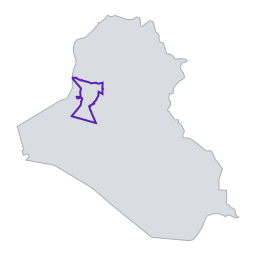 Ana, Al-Anbar, Iraq shown in context
{"feature_id": "34846034B40379251126698", "entity_name": "Ana", "entity_type": "district", "adm_level": 2, "iso_a3": "IRQ", "parent_name": "Iraq", "parent_adm1": "Al-Anbar", "projection": "mercator", "projection_center": [41.794, 34.329], "detail": "fine", "context": "in_parent", "style": "outline", "palette": "violet", "viewbox_px": 256, "rotation_deg": 0, "n_neighbors": 0, "source": "geoboundaries", "source_scale": "gbopen_adm2", "svg_char_len": 5203}
<svg xmlns="http://www.w3.org/2000/svg" viewBox="0 0 256 256"><path d="M98.5,22.8L100.7,22.3L104.8,18.9L107.2,15.6L107.9,15.4L110.1,16.4L111.6,16.7L115.1,15.5L117.2,16.1L119.0,16.9L120.0,17.0L124.7,19.0L125.9,19.2L128.4,19.5L132.0,19.6L134.3,18.3L136.0,17.0L137.2,17.1L138.3,17.4L139.2,17.9L140.0,18.8L140.4,20.2L140.3,24.5L140.6,25.6L141.3,26.4L142.1,26.6L143.1,25.6L144.8,24.3L146.9,22.8L148.5,21.4L149.4,20.9L150.9,21.0L152.3,21.2L153.0,21.9L153.0,22.1L153.8,24.1L155.6,31.6L156.7,32.6L157.9,33.4L158.8,34.5L159.1,35.6L159.0,37.3L159.1,39.3L159.6,40.9L160.2,42.0L160.9,42.6L161.9,42.7L163.0,43.0L163.8,44.1L166.3,52.6L166.5,53.7L167.6,54.0L169.3,53.9L171.1,54.7L173.0,56.1L174.7,58.7L175.9,59.1L179.7,58.7L184.8,59.1L187.2,60.4L186.9,61.3L185.1,62.2L181.8,63.2L180.9,65.0L180.3,67.4L180.4,68.7L181.2,70.1L183.5,73.0L183.7,74.1L184.1,75.5L184.5,76.5L184.0,78.4L181.9,79.7L179.2,81.1L173.7,87.5L173.3,88.9L173.3,92.6L172.8,93.7L171.0,93.7L169.7,93.5L169.6,94.8L168.8,96.5L168.3,98.0L170.3,101.6L170.6,103.5L170.3,105.2L168.5,108.2L167.3,110.2L167.6,110.6L169.1,111.4L173.6,118.0L175.1,120.2L177.0,119.6L177.7,119.7L178.3,120.0L178.6,120.8L178.6,121.8L178.1,123.2L180.6,123.8L181.4,125.3L184.3,130.4L184.2,131.9L182.8,134.2L182.8,135.8L183.1,137.2L183.5,137.7L187.7,137.9L189.5,138.5L193.9,141.0L198.9,145.0L202.9,148.2L206.4,150.9L210.1,150.7L211.1,151.2L212.1,152.1L213.1,154.3L215.2,159.4L217.0,161.1L219.8,165.1L222.4,168.9L220.7,174.0L219.0,179.4L219.0,186.2L219.0,189.9L222.6,190.1L226.5,190.3L226.6,194.6L226.6,199.0L226.6,204.1L227.8,204.3L229.6,205.3L230.4,207.0L231.4,207.9L232.6,208.0L233.8,208.8L235.0,210.2L235.4,211.3L235.1,212.1L235.3,213.4L236.1,215.3L237.1,216.2L238.7,217.3L236.6,217.9L234.3,217.4L229.5,215.2L227.9,215.1L225.9,216.0L225.8,216.7L220.7,214.3L218.9,213.8L218.2,213.7L215.3,213.7L211.1,214.2L208.7,215.2L207.0,216.2L206.2,217.3L206.0,217.8L204.6,220.9L203.1,224.8L201.5,228.3L198.4,233.3L196.7,235.6L193.0,239.8L189.1,240.6L179.9,239.8L169.6,238.9L159.5,238.0L151.9,237.3L151.3,237.0L143.9,231.0L138.0,226.2L130.6,220.2L123.0,214.1L115.4,207.8L109.8,203.3L103.1,197.4L96.9,192.1L92.1,187.9L85.9,184.2L81.0,181.3L73.9,177.0L68.3,173.6L63.4,170.7L56.0,166.3L53.5,165.0L45.7,163.6L38.4,162.3L30.8,161.0L25.8,160.1L29.1,156.9L28.1,154.0L25.6,154.6L23.4,155.2L22.0,150.8L23.8,150.2L22.2,144.4L20.5,138.3L19.0,132.5L17.3,126.5L23.7,122.6L28.5,119.8L35.2,115.7L41.7,111.8L47.9,108.1L54.7,104.0L60.7,100.3L66.3,98.8L67.5,97.7L70.0,92.6L72.2,88.3L72.3,87.3L72.3,81.2L72.7,73.9L73.4,70.1L74.6,66.6L75.8,64.1L75.9,61.8L75.7,59.4L74.6,55.8L73.3,52.1L73.5,48.4L73.7,46.5L74.5,43.3L75.8,41.1L77.2,39.7L82.5,38.2L85.6,37.3L89.8,33.3L92.3,30.9L95.8,27.0L98.3,24.2L98.5,23.2L98.5,22.8Z" fill="#d9dde1" stroke="#a8b0b8" stroke-width="1"/><path d="M72.7,77.6L72.7,78.3L72.7,78.7L72.8,78.8L73.4,79.4L74.0,80.2L74.7,81.0L75.3,81.7L75.7,82.2L76.3,82.9L76.9,83.5L77.3,84.1L77.8,84.6L78.2,85.1L78.6,85.6L79.0,86.0L79.4,86.5L79.9,87.0L80.2,87.5L80.6,87.9L81.0,88.3L80.8,89.0L80.7,89.8L80.5,90.5L80.4,91.2L80.2,91.8L80.3,92.8L80.3,93.5L80.4,94.4L80.4,95.5L80.4,96.2L80.5,96.9L79.9,96.9L79.3,97.0L78.5,97.0L78.3,97.1L77.9,96.9L77.5,96.7L77.2,96.7L76.7,96.9L76.8,97.6L76.9,97.8L77.3,98.0L77.7,98.3L77.8,98.0L77.7,97.7L78.1,97.9L78.3,98.1L79.0,98.0L79.7,98.0L80.1,97.9L80.5,97.9L81.0,97.7L81.3,97.6L81.5,97.6L81.8,98.1L82.0,98.6L82.1,99.1L81.9,99.8L81.7,100.4L81.6,100.8L81.3,101.2L81.0,101.7L81.1,102.2L81.2,102.8L81.1,103.4L81.0,104.1L80.8,104.6L80.5,105.1L80.2,105.7L79.9,106.3L79.4,106.8L79.0,107.3L78.6,107.8L78.2,108.2L77.8,108.7L77.5,109.1L77.0,109.8L76.5,110.3L76.0,111.0L75.5,111.6L75.0,112.1L74.6,112.7L74.1,113.2L73.3,114.1L72.9,114.6L72.6,115.1L72.2,115.5L71.7,116.2L72.2,116.4L72.9,116.6L73.5,116.7L74.6,117.0L75.5,117.3L76.3,117.6L77.3,117.8L78.0,118.0L78.8,118.2L79.7,118.5L80.5,118.7L81.4,118.9L82.2,119.2L82.9,119.4L83.8,119.6L84.8,119.9L85.8,120.2L86.7,120.4L87.8,120.8L88.9,121.1L90.0,121.4L91.2,121.7L91.7,121.9L92.4,122.1L93.4,122.3L94.4,122.6L95.2,122.9L95.9,123.0L95.6,122.3L95.3,121.8L95.1,121.1L94.9,120.6L94.5,119.9L94.3,119.2L93.9,118.4L93.6,117.7L93.3,117.1L93.1,116.6L92.9,116.1L92.6,115.4L92.3,114.7L91.9,113.9L91.6,113.1L91.4,112.5L91.3,111.8L91.0,111.4L90.7,111.0L90.4,110.4L90.3,109.8L90.0,109.0L89.8,108.3L89.5,107.5L89.3,106.8L90.0,106.5L89.6,105.8L90.0,105.6L90.6,105.4L91.1,105.1L91.8,104.8L92.3,104.5L92.9,104.2L92.8,103.8L93.2,103.8L93.7,103.8L94.2,103.6L94.1,103.1L93.9,102.3L94.8,101.6L95.2,101.2L95.9,100.1L96.3,99.7L96.4,99.3L96.7,98.9L97.0,98.2L97.3,97.6L97.8,96.7L98.0,96.2L98.4,95.6L98.4,94.4L98.5,93.5L98.5,92.7L98.6,91.7L99.1,92.0L99.6,92.3L100.1,92.6L100.8,93.0L101.6,93.5L102.5,94.0L102.4,88.8L102.6,88.7L102.9,88.7L102.8,88.4L102.7,88.3L102.3,88.1L102.3,87.7L102.5,85.8L102.6,83.8L102.6,82.8L102.4,82.9L101.7,83.0L99.5,83.4L98.2,83.7L97.9,83.7L96.1,82.8L96.0,82.7L95.7,82.8L95.4,82.8L94.0,83.0L91.5,83.3L91.4,83.3L91.2,83.3L90.1,82.8L88.6,82.2L88.1,82.0L87.6,81.9L86.8,81.7L85.3,81.3L85.2,81.2L84.6,81.1L82.6,80.5L82.4,80.5L82.1,80.6L82.0,80.4L81.6,80.0L81.3,80.1L80.3,80.2L79.5,79.9L79.1,79.7L78.4,79.3L77.9,79.1L77.2,78.8L76.9,78.5L76.3,77.8L75.8,77.8L74.7,77.8L74.1,77.8L73.2,77.7L72.7,77.6Z" fill="none" stroke="#5b21b6" stroke-width="2"/></svg>